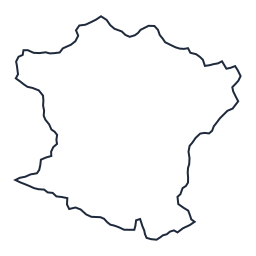 Barão de Monte Alto, Minas Gerais, Brazil
{"feature_id": "56859067B36277633207568", "entity_name": "Barão de Monte Alto", "entity_type": "district", "adm_level": 2, "iso_a3": "BRA", "parent_name": "Brazil", "parent_adm1": "Minas Gerais", "projection": "albers", "projection_center": [-42.281, -21.268], "detail": "fine", "context": "isolated", "style": "outline", "palette": "slate", "viewbox_px": 256, "rotation_deg": 0, "n_neighbors": 0, "source": "geoboundaries", "source_scale": "gbopen_adm2", "svg_char_len": 2022}
<svg xmlns="http://www.w3.org/2000/svg" viewBox="0 0 256 256"><path d="M222.0,61.3L217.9,63.4L213.7,64.1L209.6,65.2L204.9,65.9L202.9,59.8L199.8,56.8L196.1,54.2L190.4,52.8L188.0,48.2L184.0,48.9L179.7,48.6L175.5,47.3L170.5,44.9L165.1,42.2L162.9,38.9L159.7,34.9L158.0,29.9L154.4,26.0L148.6,25.8L144.4,27.9L140.5,29.9L138.1,32.9L134.8,35.3L129.7,36.8L125.5,35.0L121.7,31.4L114.5,28.8L110.2,25.1L106.6,19.9L101.0,16.3L96.1,19.6L91.1,22.1L85.5,24.7L79.3,25.5L76.0,30.3L78.2,35.7L75.4,41.2L71.0,44.7L66.5,46.7L62.8,48.4L59.7,52.5L53.8,53.2L49.8,53.4L45.7,52.3L39.3,53.1L33.6,52.8L27.8,50.2L23.5,50.2L22.7,54.9L18.5,56.8L16.1,61.6L16.9,65.7L17.5,70.3L18.0,74.3L15.8,78.4L19.8,81.2L23.6,84.2L27.4,86.8L32.4,87.9L38.8,90.4L43.0,95.6L43.4,100.6L43.1,105.6L44.1,110.7L43.7,115.7L45.3,119.6L49.2,124.5L51.4,129.5L54.6,131.7L57.1,134.9L56.4,139.8L57.0,143.9L53.3,147.1L51.1,151.7L51.3,156.0L46.0,157.5L40.9,159.7L40.3,165.0L39.2,170.0L36.9,173.3L30.5,174.4L25.4,176.7L19.8,177.8L15.4,180.0L20.1,182.3L25.2,184.3L29.8,186.2L33.7,188.0L38.3,189.2L44.1,189.6L47.7,192.4L52.7,192.9L56.4,196.4L61.6,197.0L67.3,198.1L67.0,204.5L69.2,209.0L75.5,207.5L80.7,209.5L86.1,214.4L91.3,216.8L95.8,217.0L100.5,217.2L104.1,218.8L107.0,222.0L110.2,224.6L114.6,225.7L119.2,227.4L124.0,229.7L130.1,229.8L134.3,229.8L135.4,225.7L136.1,220.3L140.1,219.0L142.6,226.7L144.2,230.4L145.0,234.2L146.6,237.9L151.4,239.2L156.6,239.7L160.0,237.5L163.1,235.2L166.7,234.3L170.0,231.6L173.9,230.4L177.5,232.4L182.9,228.3L189.9,225.0L194.6,221.8L191.3,219.4L189.9,215.1L188.2,210.6L183.9,208.0L178.3,204.1L177.5,196.8L180.4,194.2L182.6,188.1L185.9,186.0L188.0,182.6L188.1,177.5L187.7,172.8L188.0,168.0L189.2,164.2L189.5,158.0L188.5,151.7L189.6,145.9L192.6,142.3L195.6,137.9L200.2,133.6L204.4,132.9L209.1,133.4L212.1,130.8L213.8,126.3L216.7,122.6L219.9,118.3L227.4,110.8L232.6,108.6L238.2,101.3L235.5,96.1L233.2,91.4L232.3,87.2L235.4,84.0L238.3,80.8L240.6,76.1L237.8,70.4L235.1,66.1L230.6,67.8L226.4,68.7L222.0,61.3Z" fill="none" stroke="#1e293b" stroke-width="2"/></svg>